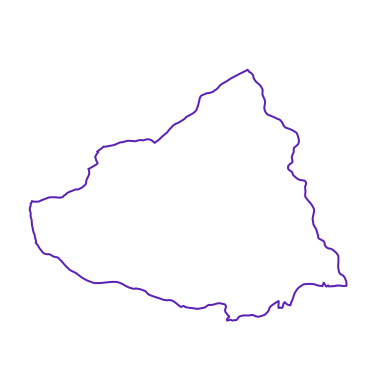 Pinchote, Santander, Colombia (Natural Earth projection), rotated 94°
{"feature_id": "7082276B63332644683042", "entity_name": "Pinchote", "entity_type": "district", "adm_level": 2, "iso_a3": "COL", "parent_name": "Colombia", "parent_adm1": "Santander", "projection": "natural_earth1", "projection_center": [-73.171, 6.512], "detail": "fine", "context": "isolated", "style": "outline", "palette": "violet", "viewbox_px": 384, "rotation_deg": 94, "n_neighbors": 0, "source": "geoboundaries", "source_scale": "gbopen_adm2", "svg_char_len": 5926}
<svg xmlns="http://www.w3.org/2000/svg" viewBox="0 0 384 384"><g transform="rotate(94 192 192)"><path d="M66.2,145.0L66.8,145.9L70.1,151.6L73.7,157.4L76.0,161.1L79.5,165.7L80.7,167.5L82.1,169.7L83.8,171.6L85.6,172.8L87.0,173.9L88.2,175.2L89.3,176.8L90.4,177.9L90.7,178.3L91.8,181.0L92.2,183.0L93.0,185.4L94.2,187.5L95.2,189.3L95.8,190.0L97.1,190.5L99.3,191.1L100.7,191.1L102.3,191.5L105.5,192.0L109.8,193.3L111.5,194.5L112.8,195.7L114.0,197.3L116.2,200.8L117.9,203.4L119.0,203.9L120.5,205.7L121.6,207.2L123.8,210.4L125.1,213.0L126.8,215.3L128.6,216.8L131.4,219.1L134.1,220.8L138.9,225.8L141.0,227.6L142.6,229.1L144.2,231.1L145.1,232.0L145.5,232.6L145.1,233.3L144.4,234.1L143.1,236.2L142.5,238.3L142.5,240.4L143.9,244.4L143.7,247.2L144.7,250.4L145.1,251.2L145.4,251.7L145.3,253.8L145.3,257.3L145.4,259.6L145.9,261.4L147.1,264.4L147.5,267.1L150.4,272.7L151.5,276.1L151.6,277.3L152.6,280.3L153.0,283.5L154.9,285.4L158.1,289.2L158.8,288.4L161.2,290.0L162.6,290.5L163.7,291.1L165.7,290.2L166.6,290.1L169.3,288.4L170.1,288.3L170.6,288.5L174.4,293.9L176.3,296.9L176.8,296.6L177.9,296.2L180.5,295.8L182.3,296.1L186.6,297.8L188.8,298.4L190.2,298.2L191.9,298.7L193.9,300.7L195.3,302.2L197.6,306.2L197.4,307.3L197.7,308.7L198.6,310.3L199.8,313.1L201.4,316.0L202.9,317.4L203.6,318.2L204.5,319.4L206.2,320.9L206.5,321.7L206.7,322.6L206.9,324.2L206.8,328.6L207.1,332.9L207.4,334.1L207.9,335.5L208.4,336.5L209.9,339.7L210.6,341.3L212.0,343.7L212.4,344.8L212.6,348.3L212.5,350.0L212.3,350.9L213.3,351.0L214.0,351.8L214.6,352.1L215.4,352.0L216.1,351.9L216.9,352.0L219.0,352.6L221.4,352.6L224.1,351.5L225.8,351.4L227.3,351.4L231.2,350.0L234.2,349.6L237.1,349.1L239.7,348.2L241.0,348.1L242.1,347.6L244.1,346.9L245.8,345.9L247.1,345.8L249.3,345.1L251.3,344.3L252.5,344.0L253.6,344.3L254.9,343.1L255.8,342.2L257.8,340.9L259.0,340.0L262.3,337.0L263.2,336.0L263.9,334.6L264.2,332.3L264.0,330.6L264.1,329.6L264.5,328.6L265.1,327.6L266.0,325.7L266.4,324.0L266.6,321.6L267.1,320.7L268.4,319.3L269.7,317.8L271.6,315.9L274.5,312.9L276.1,311.1L278.3,308.4L278.5,308.0L279.4,305.9L279.7,305.1L280.4,303.5L280.9,302.1L281.7,301.0L283.2,298.7L285.0,295.9L287.3,291.1L288.7,286.8L289.7,282.9L289.2,277.0L287.7,268.6L287.2,265.1L287.0,261.0L287.4,258.3L288.9,254.4L290.1,252.1L291.6,248.5L291.9,247.2L292.5,244.5L292.6,242.7L292.4,241.7L292.1,241.4L292.5,237.7L292.9,235.5L294.2,231.5L295.1,230.5L297.3,228.2L298.6,224.1L299.7,219.8L300.3,217.2L301.5,213.2L301.8,209.5L301.5,208.0L301.4,206.5L301.5,205.0L302.1,203.4L303.1,201.4L306.6,196.5L307.4,195.0L307.1,194.2L306.4,193.0L306.4,192.1L307.3,190.7L307.7,186.6L307.9,182.6L308.2,178.4L307.7,176.0L306.7,172.6L306.2,170.9L304.3,168.8L303.6,167.5L303.3,166.3L303.4,164.9L303.2,164.3L302.3,161.2L301.6,159.5L301.2,158.2L301.0,156.4L301.8,151.4L303.1,150.3L304.8,150.1L306.1,150.6L307.5,150.8L309.4,150.3L310.6,149.1L312.1,148.0L313.0,146.8L314.1,146.2L314.6,146.7L315.2,147.5L316.5,148.2L317.6,148.1L317.8,147.6L316.8,145.1L316.9,144.2L317.3,143.1L317.4,142.3L317.1,141.4L316.8,140.6L316.8,140.1L316.9,139.2L316.3,138.5L315.3,137.7L314.2,137.1L313.0,136.2L312.1,134.1L311.7,132.6L311.4,130.6L311.3,127.9L311.0,125.4L310.5,124.1L310.6,122.0L311.5,119.9L311.8,117.7L311.7,116.4L311.4,115.8L310.2,112.5L309.4,110.8L308.0,109.5L306.0,107.9L303.9,107.0L302.0,106.5L300.2,105.3L298.7,103.4L297.4,101.9L296.0,99.9L294.9,98.4L295.0,97.9L296.8,97.8L297.6,97.8L299.5,97.9L301.4,97.7L301.6,97.0L301.1,96.5L301.2,95.5L301.5,94.5L301.0,93.8L300.0,93.4L298.1,93.1L296.6,92.8L295.5,91.9L295.6,91.5L296.2,91.1L297.0,90.0L297.7,88.6L298.2,86.1L297.8,85.9L297.1,85.6L295.4,85.5L293.5,84.6L290.9,83.9L286.2,82.7L282.6,80.9L279.9,78.9L277.0,75.3L276.3,74.1L275.6,70.1L275.4,67.0L275.5,63.3L276.2,61.3L276.6,58.8L276.8,55.4L276.5,55.4L276.1,55.2L274.8,54.6L274.1,54.4L273.5,54.4L273.5,54.1L274.8,53.2L276.6,51.7L276.9,51.3L276.8,51.2L276.3,50.5L275.7,49.7L275.8,49.4L276.0,49.2L276.3,49.1L276.5,48.8L276.6,48.7L276.6,48.4L276.5,47.3L276.4,46.9L276.4,46.6L276.1,45.7L276.2,45.0L276.2,44.6L275.9,43.9L275.9,43.5L275.8,43.0L275.7,42.6L275.5,42.1L275.4,41.3L275.2,41.1L275.1,40.8L275.2,40.7L275.3,40.6L275.2,40.1L275.1,39.1L274.9,38.7L274.9,38.3L275.0,38.0L275.1,37.7L275.2,37.3L275.2,36.6L275.1,36.1L275.1,35.5L275.2,35.2L275.3,34.6L275.2,33.5L275.2,33.3L275.2,33.1L274.7,31.4L272.9,31.5L270.7,31.8L268.8,32.7L266.9,33.6L265.4,34.8L264.7,35.7L264.2,36.7L263.9,37.7L262.8,38.9L261.6,39.7L260.3,40.1L257.2,40.9L255.2,41.1L250.7,41.1L245.8,41.5L244.0,42.6L242.4,44.1L241.1,45.7L239.5,48.2L239.0,49.5L238.7,51.8L238.4,53.0L237.3,54.6L236.4,55.4L235.4,55.9L233.8,56.1L232.1,57.0L231.5,57.8L230.6,60.0L229.9,61.5L229.2,62.6L228.2,63.1L227.0,63.0L226.0,63.4L225.0,63.9L223.6,64.3L221.6,65.1L220.2,65.7L217.9,67.3L215.5,68.8L213.5,69.0L212.1,69.5L210.4,69.8L208.4,69.7L206.7,69.4L204.6,69.1L202.7,68.8L201.3,68.9L200.2,69.3L199.0,70.0L197.1,71.2L196.1,72.0L194.3,73.6L192.9,75.1L191.2,76.7L189.8,77.9L188.5,78.8L187.3,78.9L185.9,78.9L183.8,78.8L181.2,79.2L178.7,79.6L177.2,79.0L175.6,78.8L174.3,79.1L173.2,80.0L172.8,80.8L172.7,81.5L172.6,83.3L172.4,85.6L171.5,87.6L170.9,88.6L169.6,90.3L168.9,91.3L167.9,92.4L165.5,93.4L164.6,94.3L163.5,96.3L162.6,97.4L161.4,97.9L159.6,97.9L158.3,97.1L157.4,96.4L156.1,94.7L155.1,93.9L154.1,93.9L153.3,94.2L152.3,94.3L151.3,94.8L150.2,94.8L148.5,94.5L147.1,94.1L145.3,93.4L143.7,93.4L142.6,93.5L141.2,93.5L140.4,93.0L139.7,92.2L137.8,90.2L136.5,89.3L134.7,88.9L132.5,89.0L128.2,90.5L126.2,91.5L125.2,92.5L124.7,93.6L123.8,95.2L122.8,97.6L122.2,99.4L121.7,101.5L121.3,102.9L120.4,104.3L119.4,105.2L118.5,105.6L116.6,106.8L114.7,108.4L113.6,109.8L113.2,111.8L112.5,113.1L111.3,116.4L109.6,121.7L107.7,123.9L105.4,125.2L102.8,125.8L99.7,125.5L97.3,125.4L95.2,125.8L93.3,126.8L91.9,127.6L89.5,128.6L85.9,128.6L84.6,128.9L82.9,129.9L81.1,131.2L79.8,132.7L78.0,135.3L76.7,136.5L74.9,138.0L73.0,138.8L71.3,139.2L69.9,140.5L69.1,141.5L68.0,143.5L66.2,145.0Z" fill="none" stroke="#5b21b6" stroke-width="2"/></g></svg>